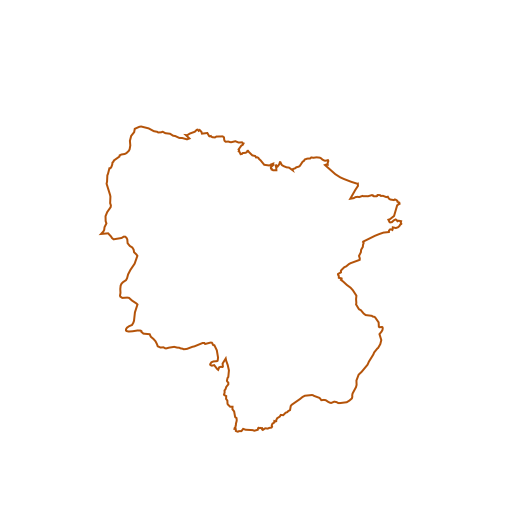 outline of Braesti, Buzau, Romania, rotated 328°
{"feature_id": "2599482B63249813627475", "entity_name": "Braesti", "entity_type": "district", "adm_level": 2, "iso_a3": "ROU", "parent_name": "Romania", "parent_adm1": "Buzau", "projection": "natural_earth1", "projection_center": [26.505, 45.442], "detail": "fine", "context": "isolated", "style": "outline", "palette": "amber", "viewbox_px": 512, "rotation_deg": 328, "n_neighbors": 0, "source": "geoboundaries", "source_scale": "gbopen_adm2", "svg_char_len": 6148}
<svg xmlns="http://www.w3.org/2000/svg" viewBox="0 0 512 512"><g transform="rotate(328 256 256)"><path d="M397.5,303.4L395.7,301.7L394.4,301.5L394.3,300.0L393.8,299.0L391.7,298.8L389.2,299.3L387.5,298.6L387.2,297.7L387.5,295.4L388.9,295.8L394.3,295.2L402.6,287.8L405.3,287.8L405.1,286.8L405.7,286.5L404.7,284.9L405.1,284.0L404.3,282.3L403.7,281.6L402.6,281.7L399.9,279.3L399.3,278.3L399.1,277.1L399.2,275.6L397.7,275.1L395.6,272.3L393.7,271.2L393.4,270.1L391.6,268.8L391.3,268.7L390.5,269.3L389.8,269.2L387.7,267.9L387.2,267.3L387.4,266.8L387.2,266.4L386.6,265.8L382.7,264.7L378.6,262.1L378.2,261.5L374.7,260.7L373.6,259.7L371.6,258.8L369.5,258.7L366.3,257.4L375.4,252.5L379.6,250.6L380.7,248.6L380.3,248.5L376.1,243.6L371.3,237.2L369.1,233.9L366.6,228.6L362.7,215.4L364.2,215.7L365.2,216.6L365.9,215.3L367.7,213.7L367.8,212.8L365.7,212.2L364.6,211.4L363.4,209.4L363.0,207.8L362.2,206.4L359.6,204.4L356.7,203.1L355.1,201.7L353.6,202.0L351.1,200.6L348.5,200.0L346.8,200.8L345.6,200.7L341.0,202.8L339.6,202.9L337.1,202.1L336.0,202.4L333.1,201.8L332.6,202.0L332.5,202.6L330.8,198.5L328.9,197.0L327.1,194.5L326.2,192.8L326.1,192.1L326.4,189.4L326.0,189.1L324.2,190.6L321.8,191.5L321.2,189.7L320.7,189.7L319.9,192.0L318.7,194.1L316.0,192.4L315.1,191.0L315.5,190.6L315.1,189.6L315.7,188.5L316.9,188.4L317.3,187.5L318.3,188.1L319.1,187.9L319.3,187.6L318.8,187.0L319.2,186.7L318.7,186.6L318.2,186.9L317.8,186.6L317.7,186.9L315.0,186.1L311.3,183.0L310.6,177.4L310.0,175.3L310.0,174.0L309.2,172.8L308.3,172.5L308.3,170.8L306.2,168.7L305.0,163.7L305.0,162.6L304.5,162.3L303.3,163.0L302.0,163.0L299.1,161.6L298.3,162.0L296.9,161.5L297.2,158.7L296.8,158.1L297.8,157.3L297.7,156.4L302.1,154.6L303.7,154.7L304.9,154.0L304.4,153.6L304.6,152.8L304.4,152.2L301.4,150.6L299.3,147.7L295.3,146.4L294.4,145.7L293.2,144.3L290.8,143.0L290.4,141.9L290.6,140.7L291.7,138.4L291.1,136.9L285.7,133.7L284.0,133.7L282.0,132.2L281.2,130.9L281.3,130.3L280.0,129.9L279.8,129.5L279.9,125.9L275.0,123.6L275.5,121.8L275.0,119.3L273.7,119.5L273.5,117.9L272.6,117.6L269.9,118.2L264.8,117.1L261.7,117.1L260.6,116.3L261.8,121.0L259.3,120.5L256.0,116.9L253.5,115.2L251.1,111.5L249.4,110.0L247.9,106.8L244.2,103.8L242.7,101.2L241.0,100.8L238.5,99.4L238.0,98.3L235.5,96.0L232.6,90.9L227.2,85.3L225.5,84.6L220.6,83.9L218.3,86.4L213.8,88.0L210.1,91.5L208.0,95.6L205.4,98.5L203.9,99.4L200.6,100.1L198.7,99.9L195.6,98.6L193.7,98.4L192.9,99.3L186.0,99.7L185.3,100.4L183.8,100.7L182.6,102.2L180.6,103.8L179.1,104.4L178.2,103.9L174.0,107.9L172.7,108.8L169.1,114.0L167.6,115.5L164.6,126.9L164.0,128.5L160.3,133.9L159.8,136.1L158.7,137.5L153.1,139.9L149.5,142.5L147.0,146.7L146.4,149.1L142.8,151.3L141.1,153.4L139.6,154.3L136.3,155.2L142.6,158.4L143.4,162.6L143.4,164.5L144.1,166.4L151.6,169.5L154.1,169.5L155.4,170.4L155.8,172.2L155.6,173.8L153.9,177.1L154.3,180.6L155.6,183.2L155.6,185.7L154.6,188.2L155.4,191.3L155.5,193.0L149.0,198.2L142.2,201.2L137.8,203.8L134.9,206.5L133.0,207.6L129.4,207.7L127.3,208.2L125.5,209.4L123.4,212.1L121.5,215.5L119.7,217.5L119.4,218.5L120.4,220.7L124.7,223.0L126.1,224.2L127.2,228.0L129.4,232.8L129.8,234.3L123.5,239.6L118.2,246.3L116.6,247.6L114.3,248.8L111.3,248.3L108.6,248.4L107.0,249.2L106.3,250.2L106.4,251.0L108.0,252.6L111.4,254.4L116.1,256.4L118.6,258.1L119.0,259.1L118.6,259.6L119.4,262.2L124.4,266.0L124.0,268.7L125.1,272.1L125.6,275.1L125.3,278.3L124.8,280.5L126.5,283.0L129.1,284.4L130.1,286.2L130.9,286.8L133.6,287.6L138.5,289.7L140.6,291.9L142.3,293.1L143.1,294.4L144.6,295.7L145.2,296.7L146.5,297.4L148.3,298.2L153.9,299.3L155.9,300.0L164.7,301.5L166.1,302.4L166.1,303.4L166.4,303.7L171.5,305.3L172.6,306.1L172.7,307.1L172.4,308.4L172.6,309.0L173.4,309.6L172.8,315.2L170.0,322.0L168.4,324.0L167.8,324.5L167.0,324.4L164.1,322.9L161.9,322.5L160.1,323.3L159.6,323.8L159.6,324.4L160.4,325.6L162.7,326.4L163.2,331.3L163.6,332.5L165.8,330.9L167.2,331.2L168.8,332.4L169.3,332.2L170.7,329.5L176.0,326.9L175.3,328.7L174.2,333.6L172.4,338.7L168.4,343.9L167.3,344.3L165.3,346.3L165.1,346.9L165.4,348.7L164.5,350.2L161.5,351.2L159.4,352.9L158.1,353.3L157.0,355.2L155.4,356.6L155.4,357.1L156.5,359.0L154.9,361.3L155.1,363.4L153.5,366.3L153.5,367.2L154.2,370.1L156.2,371.4L154.8,373.5L155.1,376.2L153.1,381.2L153.0,381.8L153.6,383.0L153.1,384.2L152.3,385.5L150.1,387.6L149.4,388.7L148.5,389.4L148.1,390.2L146.8,390.5L146.1,391.2L147.1,392.0L146.2,393.7L146.9,394.7L147.5,395.4L148.7,395.5L150.8,396.8L153.5,395.8L155.1,397.8L160.9,401.9L162.0,403.3L165.4,404.3L166.6,403.1L167.3,403.1L167.6,403.8L168.9,404.3L169.2,404.9L170.0,405.2L170.0,405.5L169.3,406.4L169.6,407.1L172.5,407.0L174.5,408.6L176.1,408.8L178.2,409.7L179.2,409.3L179.5,408.1L181.1,406.9L183.1,406.9L184.1,405.7L184.9,406.7L185.6,406.8L186.2,405.9L188.0,404.8L191.0,404.8L192.8,403.9L194.7,405.4L198.1,404.6L199.8,405.0L201.0,404.6L203.2,404.7L206.0,401.6L207.4,401.1L217.6,400.6L220.7,400.2L223.4,400.4L229.7,403.5L230.4,404.1L231.1,405.4L234.5,409.8L234.8,410.6L235.0,412.9L237.3,414.0L238.7,415.2L240.0,418.1L241.2,419.9L242.0,420.5L245.2,421.0L246.9,422.6L247.8,424.3L249.4,425.3L255.5,428.1L258.6,428.1L261.8,427.6L263.0,426.5L263.8,425.1L265.0,423.8L271.3,420.2L273.0,418.6L275.2,414.8L280.2,411.0L284.2,410.2L293.0,407.3L295.8,405.4L303.3,401.7L305.1,400.4L310.0,398.7L310.8,398.7L314.7,396.6L317.7,393.7L319.3,387.7L322.5,386.6L324.1,385.7L325.2,384.4L325.5,383.6L325.3,383.0L322.9,381.8L322.7,381.1L324.8,377.3L324.5,371.2L324.1,370.3L322.9,369.2L322.5,368.1L317.7,364.2L316.8,361.8L316.2,357.5L315.2,355.9L315.1,355.1L315.2,350.1L316.2,349.0L318.0,345.6L320.1,342.9L320.0,336.4L319.4,333.0L317.7,328.7L316.4,323.9L315.4,321.3L316.5,320.9L316.7,320.3L314.7,318.4L315.7,316.6L315.6,315.3L316.1,314.7L319.4,314.9L320.2,313.5L320.9,313.2L324.9,312.3L327.0,312.6L330.5,312.1L332.4,312.2L341.9,314.2L342.8,312.9L343.4,310.5L346.9,308.4L348.5,306.4L351.4,304.9L352.7,303.2L354.1,302.1L354.4,301.5L354.2,300.8L354.5,300.6L367.6,301.9L372.1,302.7L376.5,303.7L381.4,306.1L382.3,304.9L383.9,304.5L385.0,305.3L385.4,306.2L385.8,306.0L387.2,304.2L389.4,306.4L391.8,306.9L393.7,306.5L394.7,305.9L396.2,305.8L396.4,305.5L396.3,304.6L397.5,303.4Z" fill="none" stroke="#b45309" stroke-width="2"/></g></svg>